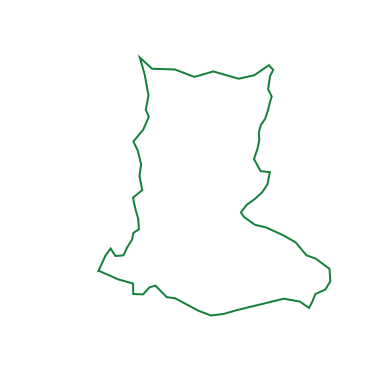 the district of Potamiou, Limassol, Cyprus, rotated 344°
{"feature_id": "46923920B54704702954379", "entity_name": "Potamiou", "entity_type": "district", "adm_level": 2, "iso_a3": "CYP", "parent_name": "Cyprus", "parent_adm1": "Limassol", "projection": "mercator", "projection_center": [32.807, 34.822], "detail": "fine", "context": "isolated", "style": "outline", "palette": "green", "viewbox_px": 384, "rotation_deg": 344, "n_neighbors": 0, "source": "geoboundaries", "source_scale": "gbopen_adm2", "svg_char_len": 1132}
<svg xmlns="http://www.w3.org/2000/svg" viewBox="0 0 384 384"><g transform="rotate(344 192 192)"><path d="M178.9,48.3L178.9,65.5L176.8,87.2L170.3,100.2L171.2,107.8L162.3,118.6L149.6,127.3L151.3,137.4L150.7,151.3L145.9,162.3L144.7,176.5L133.8,181.1L133.2,186.6L132.9,194.9L132.9,203.0L130.7,213.2L124.3,215.2L121.4,221.1L114.0,227.8L108.6,234.0L100.7,232.4L98.2,223.9L91.6,229.0L83.9,237.9L80.3,242.1L80.8,242.1L96.9,255.6L110.1,263.7L107.4,273.9L116.8,276.9L124.9,271.9L131.0,271.9L138.7,286.1L146.5,289.5L157.9,300.6L165.7,308.1L176.1,315.9L188.6,317.9L203.0,317.9L226.6,318.9L250.9,319.9L265.4,327.0L272.6,335.7L277.4,330.6L282.4,324.1L293.3,322.5L300.3,316.1L303.0,303.8L292.8,290.4L284.5,284.3L277.7,268.9L267.7,258.7L253.3,246.4L243.5,240.9L235.2,230.5L233.4,225.0L241.1,219.4L250.5,216.0L259.4,211.6L266.6,205.5L272.3,194.4L263.7,190.8L260.7,177.4L267.3,167.8L271.1,160.3L272.5,153.5L276.5,146.7L282.4,141.9L287.2,134.9L291.0,128.3L294.9,122.2L293.5,114.2L298.9,102.2L303.7,97.0L300.9,91.3L284.2,96.9L268.1,96.0L245.8,82.0L226.0,82.0L209.3,69.5L187.6,62.5L178.9,48.3Z" fill="none" stroke="#15803d" stroke-width="2"/></g></svg>